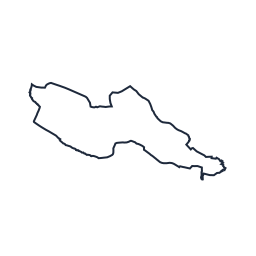 Kaduna South, Kaduna, Nigeria (Equal Earth projection), rotated 111°
{"feature_id": "59680162B16574916896740", "entity_name": "Kaduna South", "entity_type": "district", "adm_level": 2, "iso_a3": "NGA", "parent_name": "Nigeria", "parent_adm1": "Kaduna", "projection": "equal_earth", "projection_center": [7.417, 10.498], "detail": "fine", "context": "isolated", "style": "outline", "palette": "slate", "viewbox_px": 256, "rotation_deg": 111, "n_neighbors": 0, "source": "geoboundaries", "source_scale": "gbopen_adm2", "svg_char_len": 4671}
<svg xmlns="http://www.w3.org/2000/svg" viewBox="0 0 256 256"><g transform="rotate(111 128 128)"><path d="M88.2,141.0L96.0,147.0L98.8,150.0L100.3,155.2L103.8,156.4L104.4,156.6L107.5,155.4L111.0,153.3L113.7,150.9L114.7,153.3L116.4,156.4L116.8,158.1L117.3,159.8L117.8,162.0L119.7,164.2L119.6,165.5L120.7,166.6L121.1,167.8L121.4,169.4L121.4,170.6L118.0,172.6L116.8,174.2L114.6,177.0L114.3,177.8L114.0,178.6L113.9,179.8L113.6,186.2L113.1,197.2L113.0,201.6L113.1,205.0L113.1,206.2L113.3,210.6L113.5,216.0L114.2,217.1L115.1,218.1L116.7,219.4L117.8,219.8L120.1,220.0L121.4,223.6L122.5,228.4L122.2,231.4L121.7,233.4L122.8,233.1L123.9,232.9L125.4,232.8L126.2,232.9L127.1,232.9L127.2,232.5L127.5,232.5L127.8,232.5L128.0,232.8L128.5,232.6L128.5,232.4L128.8,232.4L129.2,232.5L129.6,232.6L129.8,232.7L130.0,232.7L130.0,232.3L130.1,232.2L130.1,231.9L130.3,231.8L130.5,231.7L130.8,231.5L131.0,231.6L131.3,231.7L131.5,231.6L131.6,231.4L131.8,231.3L131.9,231.2L132.0,231.1L132.3,231.1L132.3,231.3L132.5,231.3L132.7,231.2L132.9,231.1L133.0,230.9L133.1,230.7L133.3,230.5L133.4,230.2L133.9,229.6L134.1,229.4L134.2,229.2L134.3,229.2L134.4,228.8L134.5,228.6L134.4,228.4L134.5,228.2L134.8,228.2L135.1,228.2L135.3,228.1L135.5,227.9L135.6,227.7L135.8,227.4L135.9,227.2L136.7,226.0L136.8,225.5L136.9,225.2L136.9,224.8L136.9,224.5L136.9,224.2L137.0,224.0L137.0,223.8L137.1,223.7L137.3,223.6L137.4,223.4L137.4,223.1L137.5,223.0L137.7,222.8L137.8,222.4L137.9,222.1L137.9,221.9L138.0,221.7L138.3,221.5L138.3,221.4L138.3,221.1L138.2,220.9L138.3,220.8L138.4,220.7L138.5,220.7L138.7,220.4L138.7,220.1L138.8,220.0L138.8,219.8L138.9,219.7L139.0,219.5L139.1,219.3L139.1,219.2L139.3,219.0L139.4,218.7L139.5,218.5L139.7,217.9L140.1,217.8L141.1,217.7L142.6,217.7L144.2,217.7L145.0,217.8L145.3,217.8L147.1,217.9L148.2,217.8L155.5,218.3L156.1,217.9L156.8,215.2L157.6,211.8L158.1,209.4L158.2,208.9L159.1,203.9L159.5,200.7L160.9,192.5L161.8,190.5L162.1,190.1L162.7,187.3L163.5,187.6L163.9,186.9L164.3,186.6L164.6,185.6L165.1,184.1L165.6,183.0L165.5,182.3L165.6,181.2L165.9,180.8L166.3,180.0L166.1,179.1L166.0,177.0L165.9,176.0L165.9,174.9L166.4,173.4L166.5,172.2L166.5,170.8L166.3,170.5L166.5,169.4L166.8,168.8L167.0,168.8L167.2,168.7L167.2,168.4L167.2,168.2L167.2,167.9L167.1,167.6L166.8,167.1L166.6,166.9L166.7,166.1L167.1,165.9L167.0,165.0L167.0,164.4L167.1,163.1L167.5,162.1L167.3,161.6L166.9,160.9L167.5,159.7L167.2,158.9L167.4,158.6L167.6,158.1L167.6,157.5L167.6,156.8L167.8,156.6L167.6,156.3L167.4,155.9L167.2,155.2L167.0,154.0L167.1,153.0L167.5,152.5L167.4,152.0L166.6,150.8L166.4,149.6L166.3,148.0L166.3,146.2L166.7,144.6L165.7,142.5L162.8,136.9L160.8,134.8L158.8,133.1L157.8,132.7L156.4,132.8L154.4,133.5L152.2,134.4L150.6,134.3L148.8,134.2L147.0,134.2L145.9,133.1L144.8,130.9L143.3,127.7L142.9,126.2L141.9,124.0L140.6,122.4L139.5,121.4L138.9,120.7L138.8,119.8L138.8,116.2L139.5,114.5L139.2,112.6L139.2,112.4L139.3,110.6L139.3,110.4L139.5,109.0L139.5,108.8L139.6,108.0L139.7,107.7L140.0,106.8L140.2,106.1L142.1,105.5L142.7,105.1L142.7,104.6L144.3,98.8L144.5,98.2L145.1,96.6L145.1,96.3L145.1,96.1L145.5,94.8L145.5,94.6L146.0,93.1L146.1,92.9L146.4,91.9L146.6,91.2L147.1,89.9L147.2,89.5L147.5,88.5L147.7,88.0L148.4,85.7L148.4,83.7L148.1,82.2L147.0,79.3L145.6,76.7L145.4,76.0L145.0,74.4L145.0,74.2L145.0,72.5L145.4,70.1L145.6,69.2L145.8,67.8L146.2,66.1L145.1,65.7L144.6,62.0L144.5,61.8L144.1,59.0L143.9,57.6L143.6,55.7L143.0,55.5L141.4,54.8L140.8,54.6L140.5,54.5L139.7,52.1L139.4,51.4L138.6,49.4L138.5,46.6L138.4,44.9L141.0,43.9L141.6,43.5L142.8,43.6L143.0,43.2L144.1,43.0L144.0,42.7L144.6,42.2L145.8,42.4L146.5,42.2L146.9,42.2L147.6,42.2L148.2,42.0L149.2,41.2L149.5,40.3L149.2,39.8L147.5,40.5L146.9,41.0L145.4,41.0L143.4,40.9L142.7,34.9L141.3,30.9L138.1,28.8L137.2,27.0L137.1,26.6L136.4,26.1L136.2,26.1L134.5,24.6L134.3,25.2L132.6,24.1L132.7,22.8L130.5,22.6L130.3,24.3L129.7,24.8L129.5,25.5L128.3,25.8L128.3,27.9L126.5,26.8L126.1,28.4L125.1,28.0L124.8,29.1L125.8,30.0L124.5,31.8L124.0,34.7L125.2,35.0L126.2,39.2L124.8,39.6L125.9,42.2L127.1,44.9L126.2,46.9L125.7,51.3L125.2,55.5L123.4,60.2L124.2,61.2L125.5,61.7L122.6,67.6L119.7,66.6L118.5,66.3L118.0,66.5L117.7,66.1L116.8,66.1L116.0,66.4L116.1,66.8L115.3,67.3L114.3,68.0L114.2,68.4L113.2,69.1L112.4,72.2L112.5,73.0L112.2,74.8L112.1,75.6L111.9,77.1L111.9,78.5L111.9,80.0L111.7,81.6L111.1,83.8L110.5,85.1L109.7,86.7L109.2,88.2L108.6,90.1L108.7,92.0L109.2,93.6L110.2,97.7L110.0,99.9L108.7,103.1L108.2,104.2L107.5,104.7L107.3,105.6L105.3,108.4L103.5,110.1L102.6,111.8L101.5,112.6L100.1,113.7L97.6,115.9L95.2,118.6L94.3,122.8L94.2,124.9L94.3,125.1L94.2,125.4L92.6,130.1L90.5,133.5L89.9,136.4L88.2,141.0Z" fill="none" stroke="#1e293b" stroke-width="2"/></g></svg>